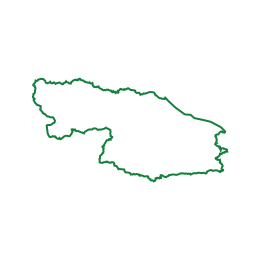 outline of Kawkareik, Kayin, Myanmar, rotated 295°
{"feature_id": "60261553B42100651402541", "entity_name": "Kawkareik", "entity_type": "district", "adm_level": 2, "iso_a3": "MMR", "parent_name": "Myanmar", "parent_adm1": "Kayin", "projection": "natural_earth1", "projection_center": [98.169, 16.039], "detail": "fine", "context": "isolated", "style": "outline", "palette": "green", "viewbox_px": 256, "rotation_deg": 295, "n_neighbors": 0, "source": "geoboundaries", "source_scale": "gbopen_adm2", "svg_char_len": 5853}
<svg xmlns="http://www.w3.org/2000/svg" viewBox="0 0 256 256"><g transform="rotate(295 128 128)"><path d="M88.5,63.6L88.8,63.5L88.9,64.2L89.2,64.5L89.2,65.3L89.5,65.4L89.5,66.0L88.9,66.6L88.6,67.5L88.6,68.7L88.8,68.9L88.9,70.1L90.0,70.2L89.5,71.8L92.0,73.2L93.0,73.4L94.4,74.6L94.9,75.3L95.6,77.9L95.9,78.6L99.0,79.3L99.6,79.1L100.9,79.4L102.1,78.4L102.4,78.6L102.5,77.9L102.9,77.6L103.6,78.8L103.2,79.4L103.9,80.1L104.2,80.8L103.3,81.4L103.5,82.8L104.2,84.4L104.3,87.8L104.6,88.5L104.5,90.4L105.8,90.4L107.2,91.1L109.8,92.9L110.8,94.4L111.1,95.4L111.4,96.0L112.9,96.8L113.9,98.8L113.9,99.7L113.5,101.6L114.7,102.9L115.1,104.1L116.6,106.1L117.4,106.9L118.9,107.8L118.6,108.2L119.0,110.2L118.6,112.9L118.2,112.9L117.2,113.8L115.3,114.3L114.7,114.9L113.4,115.6L113.3,117.4L112.7,117.6L111.0,117.0L110.3,116.1L109.9,116.9L109.3,116.0L108.4,115.1L108.3,114.2L106.6,113.7L105.6,113.8L104.0,113.5L102.5,113.5L102.1,113.8L101.6,113.7L101.5,113.1L100.2,112.7L99.4,113.9L99.4,114.6L98.2,114.6L96.5,115.7L95.6,115.8L95.1,116.1L94.1,115.4L92.7,115.4L91.2,114.5L90.2,114.7L88.6,115.4L87.8,115.2L87.0,115.8L84.8,116.9L85.3,118.8L85.9,120.0L86.5,120.2L87.3,121.3L87.5,122.1L88.3,122.6L88.2,123.2L88.7,123.3L88.7,126.2L89.3,127.1L89.9,127.3L90.5,128.5L90.6,130.0L89.9,130.7L88.9,130.9L88.2,131.5L88.6,133.1L88.6,134.0L87.0,136.2L87.3,136.2L87.1,136.8L87.3,137.8L87.7,139.2L88.8,141.8L88.1,142.8L87.4,143.1L87.0,143.9L86.8,144.8L87.5,146.3L87.9,148.0L88.0,149.1L87.0,150.1L87.7,151.3L87.8,151.9L88.8,152.3L88.8,154.0L89.9,155.2L90.4,157.1L90.5,158.2L89.8,158.2L89.7,158.7L90.1,159.5L90.7,160.2L90.9,161.0L91.0,162.5L90.8,163.1L92.2,165.4L92.6,166.6L92.4,166.9L91.9,166.9L91.2,167.6L91.0,170.0L90.5,170.1L90.2,170.8L90.3,171.3L90.9,172.3L91.0,173.3L90.6,173.9L91.6,174.5L91.8,174.9L93.1,174.7L93.9,174.3L94.3,174.4L94.5,175.4L95.3,175.6L95.6,176.6L95.5,177.6L95.9,177.8L96.6,179.1L97.1,179.0L97.7,177.8L98.3,178.0L99.0,177.6L99.4,178.1L99.5,178.7L99.2,181.7L99.4,182.7L99.8,183.5L100.5,183.7L101.5,184.9L102.1,184.8L102.6,185.0L105.2,188.9L105.9,191.6L107.4,193.4L109.2,194.9L109.3,195.6L109.8,196.1L110.1,196.8L110.3,198.2L111.0,199.4L111.3,199.6L111.5,201.4L112.3,202.1L112.4,203.0L112.8,203.7L112.3,204.4L112.9,205.1L113.8,205.6L114.8,206.7L116.0,209.5L116.5,209.7L117.2,210.6L117.5,211.4L118.0,213.5L118.3,213.7L119.6,215.9L119.6,217.6L120.1,218.2L120.5,218.3L121.1,218.1L122.0,218.2L123.3,219.1L125.0,221.0L125.1,222.4L124.9,222.8L126.2,224.5L127.3,227.0L127.0,230.2L127.6,230.4L128.1,230.1L129.1,231.8L129.9,232.1L130.3,231.8L130.0,230.9L130.3,230.3L130.6,230.0L131.8,229.8L133.6,229.9L134.7,228.7L134.6,228.4L134.9,227.7L135.5,226.8L135.3,226.1L135.6,225.6L137.1,225.5L137.5,225.1L137.5,224.7L138.0,224.6L137.4,223.7L137.4,222.9L136.9,222.4L137.6,221.6L137.1,220.9L137.3,220.5L137.6,220.3L138.0,220.7L138.2,220.4L139.8,221.8L141.2,222.4L142.3,222.6L143.4,222.3L143.4,223.1L144.1,223.3L144.2,223.8L144.8,224.2L145.6,224.2L146.3,225.7L146.9,226.0L147.2,225.8L147.7,226.6L148.2,226.9L148.1,227.1L148.6,227.9L149.6,226.8L150.1,226.9L150.3,226.3L149.9,225.5L150.0,224.3L149.7,223.6L149.9,222.9L149.1,221.4L148.7,221.1L147.0,221.4L148.0,220.4L148.6,219.3L149.6,219.5L150.0,219.2L150.0,218.7L149.4,218.0L149.6,215.3L150.0,214.6L150.2,213.9L150.5,214.0L151.8,213.9L152.1,214.7L152.7,214.0L154.0,213.6L154.6,213.6L157.2,211.4L157.2,210.9L157.5,210.6L158.5,210.4L158.8,210.9L159.2,210.9L159.9,211.5L160.4,212.6L162.5,212.9L163.3,213.3L163.9,214.0L164.3,214.0L164.5,214.6L164.1,215.6L164.5,216.3L164.4,217.2L164.6,217.5L165.4,217.6L165.9,217.5L168.0,211.8L168.6,200.4L167.4,194.3L165.0,183.9L166.4,179.2L164.6,174.5L164.4,173.3L166.5,162.6L169.2,154.1L171.2,148.9L170.5,148.9L170.2,149.3L169.6,148.8L169.5,147.8L168.9,146.6L168.8,144.9L168.4,144.1L168.7,142.2L169.5,140.1L169.2,139.6L169.5,138.7L170.7,137.5L171.1,136.7L170.7,134.7L169.7,132.4L166.4,129.1L166.0,127.6L164.8,126.7L164.6,126.8L164.3,126.0L163.5,125.4L163.4,124.9L164.3,124.1L164.6,123.0L163.7,121.7L163.5,121.0L163.6,120.7L163.6,119.9L164.3,118.7L164.8,118.7L164.9,118.4L163.9,114.9L163.6,114.7L164.1,111.2L162.3,110.0L161.7,108.4L161.1,108.6L160.3,106.1L160.5,105.1L160.2,104.6L159.4,104.3L158.6,104.3L157.4,103.1L156.2,104.3L155.9,104.3L155.4,102.6L155.5,101.8L154.6,101.9L154.8,101.3L154.7,100.7L155.1,99.5L154.3,99.6L154.0,99.3L153.9,97.9L154.8,97.4L154.2,95.5L154.4,93.8L153.7,92.8L153.6,92.3L152.8,91.9L152.7,90.9L151.9,90.1L151.8,88.3L152.2,87.5L152.0,86.4L152.3,84.7L153.2,83.8L152.4,83.2L152.3,82.3L151.6,82.0L150.9,79.6L151.3,79.4L151.4,78.5L153.7,76.7L152.7,75.9L152.5,75.1L153.1,73.8L152.4,73.3L151.6,69.6L151.9,69.3L151.8,68.1L152.2,67.5L151.6,65.4L151.7,64.9L152.3,64.0L152.2,63.3L151.3,62.5L150.8,62.9L150.1,62.4L150.0,61.6L149.5,61.0L149.8,60.1L147.7,58.1L146.7,57.8L145.5,57.1L144.1,57.4L143.6,55.6L144.0,55.0L143.6,52.8L144.1,52.1L142.4,51.7L141.4,50.6L140.4,50.7L139.8,49.9L140.0,49.1L140.2,46.5L139.1,45.4L138.3,44.2L137.4,43.7L138.1,41.7L138.0,41.4L137.0,41.0L136.4,40.3L136.2,39.3L137.0,38.0L136.3,37.8L134.3,35.7L134.5,34.2L135.8,32.9L136.1,31.7L136.6,30.7L136.4,29.9L135.9,29.2L135.6,27.9L134.7,27.2L133.6,26.0L132.7,26.1L132.3,25.7L131.9,24.8L131.9,24.2L130.3,24.7L127.7,23.9L126.9,23.9L126.8,25.3L126.4,25.3L126.4,25.8L125.6,26.5L125.6,26.9L124.4,27.6L122.9,27.7L120.9,28.6L119.5,28.5L118.9,27.9L117.4,28.5L116.3,28.6L115.6,29.0L114.9,31.0L114.1,30.5L113.9,30.6L113.8,30.9L113.1,30.9L112.2,32.4L111.6,33.0L110.8,35.3L110.6,35.4L110.5,36.5L110.9,37.7L110.7,38.6L110.9,39.7L109.2,40.4L107.8,40.4L107.5,40.7L107.4,41.5L106.6,42.7L106.5,43.2L106.1,44.1L105.4,44.5L105.3,45.1L105.5,45.5L105.6,46.2L105.3,46.5L105.4,47.0L104.4,50.0L104.9,51.3L104.9,53.3L106.0,55.5L105.6,56.3L103.8,58.7L102.2,59.1L101.6,59.0L100.4,57.7L99.3,57.5L98.0,56.4L96.5,53.6L95.8,53.3L89.9,57.0L88.8,57.9L87.7,59.2L86.8,60.7L86.9,61.5L88.1,62.8L88.5,63.6Z" fill="none" stroke="#15803d" stroke-width="2"/></g></svg>